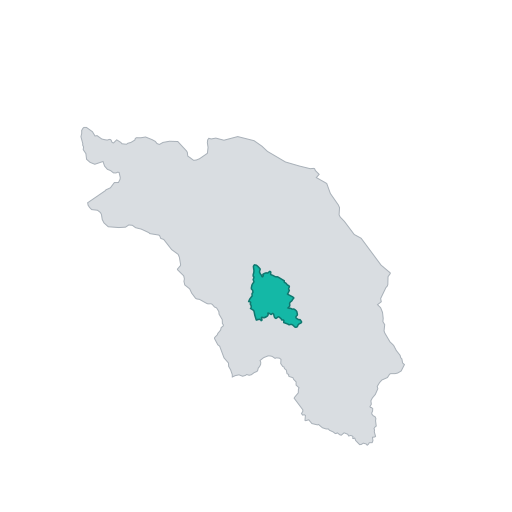 Arhangay highlighted on a map of Mongolia, rotated 224°
{"feature_id": "MNG-3316", "entity_name": "Arhangay", "entity_type": "Province", "adm_level": 1, "iso_a3": "MNG", "parent_name": "Mongolia", "parent_adm1": "", "projection": "albers", "projection_center": [100.83, 48.018], "detail": "fine", "context": "in_parent", "style": "filled", "palette": "teal", "viewbox_px": 512, "rotation_deg": 224, "n_neighbors": 0, "source": "natural_earth", "source_scale": "10m", "svg_char_len": 7732}
<svg xmlns="http://www.w3.org/2000/svg" viewBox="0 0 512 512"><g transform="rotate(224 256 256)"><path d="M44.6,197.1L46.2,197.3L48.8,195.9L49.4,193.5L50.4,192.3L56.1,192.5L58.5,193.6L59.2,192.2L59.7,192.0L60.9,193.5L62.2,193.2L63.2,192.7L64.3,190.9L66.2,191.5L69.8,190.0L70.2,186.3L71.6,185.6L74.6,185.3L75.2,183.7L75.9,183.3L78.1,183.1L82.1,181.7L83.8,181.8L85.4,180.3L88.9,178.6L94.0,178.2L94.5,177.2L99.4,174.3L104.3,174.8L105.9,172.0L106.6,171.8L109.7,175.6L111.1,175.3L111.8,174.0L113.8,174.2L114.4,176.8L115.5,177.9L129.8,180.2L130.1,181.1L130.5,186.9L133.0,189.7L133.5,191.1L137.5,191.0L139.7,193.3L143.2,193.4L144.9,194.1L148.4,192.4L149.2,192.4L150.2,193.5L151.9,192.9L155.0,195.0L157.4,194.8L158.6,195.6L160.0,195.1L163.5,195.8L166.2,199.0L168.2,198.8L170.6,196.9L171.2,195.6L174.7,195.0L176.6,193.8L177.9,192.6L179.9,188.2L180.5,183.6L178.8,182.9L177.4,181.3L176.6,178.8L176.6,177.1L175.1,174.5L175.3,173.2L176.3,170.9L176.9,167.3L178.1,165.4L180.4,164.3L180.6,162.9L182.1,160.2L185.7,158.7L187.8,155.6L189.0,152.5L190.7,154.2L195.2,156.5L199.0,157.6L201.5,159.9L208.2,160.5L219.5,165.9L221.8,165.6L228.5,167.8L229.1,168.6L229.1,172.6L229.7,173.8L230.0,178.1L231.3,180.3L231.0,183.0L231.6,183.8L233.3,184.1L236.1,186.8L242.2,188.5L244.1,190.2L248.3,191.3L250.4,190.5L253.9,190.8L255.2,190.4L257.3,188.2L258.7,187.6L266.6,185.5L268.7,184.0L270.1,183.6L276.4,184.6L280.9,186.3L287.1,185.7L290.2,187.7L291.6,189.8L294.2,191.5L303.0,191.6L303.4,192.0L303.7,196.6L304.2,197.4L310.3,201.9L313.1,203.1L321.1,202.0L333.9,203.8L336.7,202.5L339.5,203.7L340.5,203.5L348.0,198.3L349.2,198.4L357.3,195.6L362.3,192.7L366.3,192.2L369.1,189.9L369.9,186.1L374.4,181.2L382.6,174.4L388.3,174.2L391.9,175.4L396.0,178.5L398.1,179.2L401.8,178.8L406.5,175.2L409.4,175.3L412.1,175.9L414.1,177.4L409.8,198.2L409.9,199.4L408.1,203.9L408.9,210.4L406.0,213.3L407.1,216.8L408.1,218.1L412.5,221.0L413.7,220.3L414.4,218.5L416.2,216.8L420.0,216.4L423.1,215.1L427.4,215.5L431.7,217.7L435.7,210.0L440.4,208.1L445.1,207.9L449.5,211.5L454.2,212.5L455.8,214.7L457.8,215.4L458.5,216.4L464.8,220.2L466.6,223.2L468.6,225.2L469.2,227.6L469.1,228.9L467.3,230.7L460.0,231.8L455.2,230.5L453.9,232.2L448.3,233.0L445.4,234.7L443.5,236.1L442.5,238.0L441.7,238.6L440.7,238.7L438.8,237.8L437.3,238.1L437.0,238.5L436.9,242.8L432.1,243.8L430.4,243.6L426.8,246.4L426.5,248.1L424.9,250.7L423.7,255.2L424.5,256.8L424.1,258.1L421.0,261.0L418.1,264.9L411.3,267.6L408.0,268.5L405.4,268.1L403.0,269.1L401.8,273.1L397.9,278.5L391.8,284.0L379.1,283.3L377.5,282.9L374.5,280.5L367.3,281.5L365.6,283.6L364.2,286.7L362.3,296.1L365.9,300.8L369.7,303.7L371.4,305.9L371.7,307.9L369.5,309.1L366.8,312.9L359.5,317.0L352.1,329.2L337.5,337.6L328.0,339.1L320.4,339.2L300.1,344.1L287.2,350.9L277.6,356.5L275.5,359.0L274.5,359.5L272.7,358.7L267.3,358.6L267.1,354.3L255.5,357.3L245.9,352.6L232.2,349.9L229.5,348.8L224.8,343.3L222.4,342.5L216.5,342.3L200.3,339.7L192.7,341.8L159.7,336.3L147.7,337.1L147.2,336.5L146.7,332.9L141.4,327.1L140.7,325.7L140.6,323.5L136.8,312.0L134.1,310.1L134.8,305.4L130.5,305.4L125.8,303.3L121.2,299.5L119.1,296.9L115.7,296.0L111.9,291.1L110.0,290.1L100.0,287.3L94.9,287.3L89.5,285.5L83.3,284.6L81.4,283.4L79.6,283.3L76.2,280.9L73.8,281.0L71.7,274.1L72.8,270.2L74.3,267.9L77.6,264.7L77.7,263.3L77.0,259.9L79.3,254.3L79.2,250.7L78.2,246.4L76.2,245.2L74.0,239.3L73.7,234.8L72.8,231.7L70.1,229.5L69.4,226.8L68.5,226.5L67.8,227.2L66.0,227.3L64.4,225.4L63.7,223.4L62.7,222.7L60.7,222.5L58.8,223.1L56.9,222.4L55.5,220.5L51.4,217.2L51.6,215.3L51.2,213.8L49.9,213.2L48.8,211.7L44.7,209.3L44.8,208.4L46.3,206.5L43.6,204.4L42.8,202.4L44.8,200.4L44.4,198.7L44.6,197.1Z" fill="#d9dde1" stroke="#a8b0b8" stroke-width="1"/><path d="M223.4,214.5L223.5,215.2L223.7,215.6L224.2,216.2L224.5,216.4L224.7,216.7L225.4,217.1L225.9,217.1L226.2,217.2L226.4,217.3L226.6,217.4L227.0,217.8L227.1,218.1L227.3,218.5L227.6,218.9L227.9,219.0L228.2,219.0L228.6,218.8L229.1,218.5L229.6,218.2L230.0,219.0L230.6,220.8L230.9,223.1L231.0,223.4L230.9,224.0L231.0,224.4L231.2,224.7L231.4,224.9L231.6,225.1L232.2,225.6L232.6,226.0L232.8,226.5L232.9,227.6L233.3,228.0L233.5,228.2L234.4,228.9L234.7,229.0L235.0,229.0L235.7,229.1L236.4,229.1L237.1,229.7L237.8,230.7L238.1,231.3L238.5,231.8L238.8,232.5L239.0,233.0L239.2,234.0L239.4,235.4L239.5,235.8L239.8,236.2L240.0,236.3L240.9,236.7L241.7,237.1L241.9,237.7L242.0,237.9L242.5,238.9L242.8,239.4L243.4,239.5L243.8,239.5L244.1,239.6L244.4,239.9L245.1,240.7L245.5,241.4L245.8,242.1L246.3,242.8L246.6,243.2L247.1,243.8L247.7,244.4L248.3,244.8L249.2,245.5L249.7,245.9L250.7,246.8L250.9,247.7L251.0,248.5L249.6,249.5L249.0,249.7L246.9,249.8L244.5,249.6L244.0,249.5L243.7,249.2L242.9,247.7L242.6,247.2L242.2,246.8L239.9,246.0L239.5,246.0L238.8,246.0L237.7,245.4L237.1,245.4L236.9,245.5L236.8,245.8L236.9,246.2L237.0,246.6L237.2,246.9L237.4,247.2L237.7,247.3L238.0,247.5L238.3,247.6L238.2,248.2L237.5,250.1L236.9,251.0L235.9,251.7L235.8,252.0L235.6,252.4L235.6,253.4L235.4,254.5L234.7,254.8L234.3,254.7L234.0,254.5L233.7,254.2L233.2,253.4L232.8,253.0L232.5,252.9L232.1,253.0L230.5,253.7L227.7,254.5L226.8,255.2L226.4,255.7L225.8,256.1L218.5,257.8L217.7,257.0L217.4,256.8L215.7,257.2L215.1,257.2L213.6,257.0L213.1,257.0L212.1,257.4L211.1,257.4L210.8,257.2L210.6,256.9L210.4,256.5L210.1,255.6L209.9,255.2L209.4,254.8L209.0,254.6L208.3,254.5L208.2,254.4L208.0,254.2L207.8,253.5L207.7,253.0L207.4,252.4L207.2,252.0L207.0,250.7L206.9,250.5L206.6,250.5L206.2,250.6L201.4,252.0L200.2,252.2L199.9,252.2L199.7,252.0L199.5,251.7L199.5,251.2L199.5,250.8L199.5,250.5L199.5,250.2L199.4,249.9L199.3,249.5L199.2,249.2L199.1,248.6L199.1,248.1L199.3,247.1L199.3,246.6L199.2,246.1L199.1,245.6L198.8,245.1L197.8,244.3L197.4,243.9L197.1,243.6L197.0,243.1L196.9,242.5L196.9,240.9L196.6,241.0L195.6,241.5L195.3,241.9L195.0,242.2L194.8,242.4L194.5,242.5L193.7,242.7L193.3,242.8L193.0,243.0L192.3,243.8L192.1,244.0L191.8,244.2L191.4,244.3L190.3,244.5L188.7,244.5L188.3,244.4L187.9,244.3L185.6,242.7L185.4,242.4L185.2,242.0L185.2,240.7L185.0,239.9L184.8,239.7L184.6,239.5L184.4,239.4L184.2,239.3L183.9,239.3L182.8,239.4L181.5,239.7L181.0,240.0L180.1,240.8L178.1,240.5L177.7,240.4L177.3,240.1L177.2,239.8L177.1,239.4L177.2,238.9L177.8,237.1L177.9,236.6L177.9,236.1L177.8,235.4L177.3,234.2L177.2,233.7L177.6,232.7L177.8,232.4L178.1,232.2L178.4,232.0L178.8,231.9L181.6,231.9L182.6,231.6L183.2,231.2L183.6,230.8L184.1,229.9L184.5,229.5L184.9,229.3L185.7,229.2L189.8,227.4L190.9,228.7L191.3,229.0L191.6,229.0L192.0,228.9L192.4,228.6L192.6,228.3L192.8,228.0L193.0,227.9L193.4,227.9L193.7,228.1L194.0,228.2L194.3,228.3L197.2,228.1L197.5,228.0L197.7,227.8L197.8,227.4L198.1,225.7L198.2,225.3L198.3,225.0L198.6,224.8L198.9,224.7L200.1,224.8L200.6,225.0L202.6,226.2L202.9,226.4L203.3,226.4L203.8,226.4L204.2,226.2L204.4,225.7L204.4,225.3L204.3,224.9L204.4,224.6L204.8,224.3L206.0,224.1L207.2,223.7L207.7,223.3L207.5,222.9L207.3,222.7L207.2,222.7L206.9,222.6L206.7,222.5L206.6,222.4L206.4,222.0L206.3,221.8L206.3,221.5L206.3,221.3L206.1,221.0L206.1,220.8L206.1,220.6L206.2,220.3L206.3,220.0L206.4,219.8L206.4,219.6L206.4,219.4L206.4,219.2L206.7,219.0L206.8,218.9L206.7,218.8L206.5,218.7L206.6,218.4L206.8,218.1L207.0,217.9L207.2,217.6L207.3,217.5L207.2,217.4L207.2,217.2L207.5,217.0L207.7,216.9L208.2,216.5L208.4,216.4L208.5,216.4L208.8,216.3L209.1,216.1L209.2,215.9L209.3,215.8L209.3,215.6L209.0,215.2L207.5,214.3L207.3,214.2L207.2,214.1L207.2,213.9L207.3,213.5L207.3,213.2L207.5,213.1L207.7,213.3L208.0,213.4L209.5,213.0L209.6,212.8L209.6,212.7L209.8,212.3L210.3,211.9L210.6,211.7L210.7,211.4L210.8,211.2L210.8,210.8L210.8,210.7L211.0,210.5L211.1,210.3L211.5,210.2L211.8,210.4L215.8,212.6L218.9,214.8L219.3,215.0L220.7,215.1L223.4,214.5Z" fill="#14b8a6" stroke="#0f766e" stroke-width="1.5"/></g></svg>